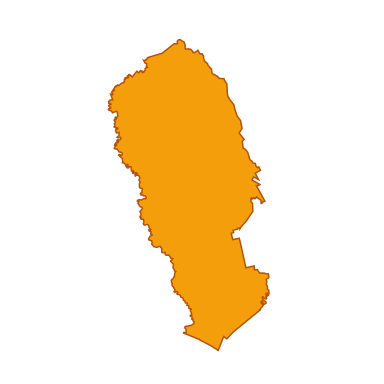 outline of Manawatu District, Manawatu-Wanganui, New Zealand, rotated 299°
{"feature_id": "76426892B10896556014", "entity_name": "Manawatu District", "entity_type": "district", "adm_level": 2, "iso_a3": "NZL", "parent_name": "New Zealand", "parent_adm1": "Manawatu-Wanganui", "projection": "mercator", "projection_center": [175.693, -40.12], "detail": "fine", "context": "isolated", "style": "filled", "palette": "amber", "viewbox_px": 384, "rotation_deg": 299, "n_neighbors": 0, "source": "geoboundaries", "source_scale": "gbopen_adm2", "svg_char_len": 5969}
<svg xmlns="http://www.w3.org/2000/svg" viewBox="0 0 384 384"><g transform="rotate(299 192 192)"><path d="M316.7,106.0L314.7,107.3L312.8,104.4L298.8,98.6L288.5,88.4L287.8,88.5L287.5,88.0L286.9,88.4L285.3,87.3L284.7,87.7L284.4,87.0L283.6,86.9L283.6,86.0L282.1,88.1L282.1,90.4L279.7,91.2L279.6,92.5L277.3,91.1L275.5,92.1L274.2,91.4L273.7,91.7L273.4,90.8L272.8,91.1L272.5,90.6L272.9,90.5L273.0,90.0L273.5,89.7L273.3,88.1L270.5,87.7L270.9,85.2L263.8,84.0L264.5,80.4L263.9,79.8L263.1,80.5L262.5,80.0L262.6,79.5L262.0,79.3L261.7,80.3L261.0,80.9L260.2,79.9L260.3,79.1L259.4,78.3L259.0,78.9L258.1,78.2L257.7,78.3L257.7,78.7L257.2,78.5L256.0,79.3L255.4,79.0L254.9,79.4L252.8,77.5L249.6,76.4L249.3,75.9L249.7,75.3L249.4,74.8L248.2,74.7L248.1,74.2L247.2,73.7L246.7,73.6L246.6,74.1L246.3,73.8L244.5,73.7L244.2,74.0L243.9,73.7L243.6,74.1L243.6,73.7L243.1,73.6L242.8,74.2L242.4,73.6L241.8,74.0L241.5,73.5L240.4,73.4L239.6,74.2L239.6,74.9L239.0,75.4L238.7,75.2L238.9,74.4L238.0,74.8L238.0,73.5L234.2,77.9L233.9,77.0L232.8,76.2L232.7,75.8L231.9,76.0L231.4,75.4L230.5,75.3L229.3,76.1L229.9,78.0L229.5,78.5L228.9,78.4L228.0,77.4L227.1,77.3L226.5,78.3L226.6,79.8L225.9,80.2L224.3,78.7L223.8,78.7L223.2,79.9L223.9,82.2L222.7,84.0L225.9,86.7L225.6,88.0L222.0,90.4L221.0,90.1L220.4,88.8L219.6,88.8L219.2,90.4L218.7,90.4L218.1,90.1L217.9,89.0L217.4,89.0L216.9,89.2L215.9,91.2L215.0,91.4L213.9,91.0L212.8,92.5L211.2,92.3L211.1,93.1L211.5,93.4L210.8,94.8L211.9,95.2L211.9,96.3L211.5,96.5L209.6,95.2L208.6,95.3L208.4,95.9L207.2,97.0L207.1,97.7L208.8,99.2L206.2,100.8L203.6,100.0L203.6,101.2L205.1,102.9L204.2,103.9L202.5,103.6L201.5,101.6L200.5,101.4L200.1,101.5L200.6,103.0L199.8,103.5L199.2,103.2L197.9,101.4L197.4,101.4L197.1,102.5L196.3,103.4L195.9,102.6L196.7,101.8L196.2,101.4L195.3,101.6L195.0,102.8L192.7,102.7L192.3,103.5L193.3,105.9L191.7,108.7L192.3,110.7L192.1,112.3L191.2,112.8L190.0,112.7L189.5,112.3L189.8,110.9L189.6,110.2L188.7,110.0L187.3,114.9L184.8,116.9L183.9,116.9L184.4,119.4L182.8,121.5L184.8,121.9L184.9,122.6L183.4,123.5L182.2,122.6L181.7,123.6L182.4,124.8L184.0,125.1L184.5,126.4L181.1,128.7L181.2,129.4L182.2,130.0L182.0,130.7L181.5,131.0L180.2,130.6L179.6,131.0L179.7,131.7L181.2,132.3L181.8,134.2L181.7,135.2L181.0,135.0L180.4,133.7L179.3,133.8L178.5,134.7L179.9,135.4L180.6,137.3L180.4,137.8L179.1,139.6L176.7,139.8L175.3,142.0L173.7,141.9L170.6,143.8L170.3,144.6L170.8,145.9L170.7,147.2L168.5,147.7L167.7,148.5L166.2,147.7L165.1,147.8L164.7,149.0L165.7,150.3L165.1,151.3L165.9,152.8L165.2,154.5L164.4,155.0L163.6,154.9L163.2,153.3L160.5,151.6L159.6,149.4L158.2,148.4L157.5,148.7L157.7,150.1L155.8,150.3L155.5,151.4L154.6,152.3L154.0,153.9L154.4,155.5L154.0,156.3L152.5,156.6L149.8,155.9L148.0,158.3L144.9,158.6L144.8,159.0L145.3,159.9L143.6,160.1L143.7,161.2L144.5,162.4L144.1,163.2L142.3,164.5L140.7,164.8L140.0,165.7L140.2,166.8L141.7,168.1L142.0,169.5L141.7,170.5L140.6,171.1L139.8,172.1L139.4,174.0L138.5,174.1L137.9,172.6L137.5,172.9L137.0,173.8L137.3,175.5L135.2,176.3L134.9,177.0L135.4,177.6L135.1,178.0L132.9,176.9L131.1,176.6L129.5,177.0L129.2,177.8L129.7,180.5L128.0,181.8L126.8,182.0L125.7,185.3L126.6,188.1L129.1,190.4L128.3,191.5L128.2,192.7L124.7,194.8L124.7,196.1L126.3,197.9L124.6,198.6L124.2,199.4L124.3,200.4L125.6,202.4L123.9,205.5L124.3,206.5L124.3,207.6L121.5,206.7L120.9,206.9L119.9,210.7L116.5,212.1L115.7,214.1L114.5,214.9L114.6,216.3L112.2,216.3L110.0,217.5L106.9,217.4L105.7,216.7L104.6,216.8L103.1,217.8L102.6,218.9L100.5,219.9L100.0,221.5L98.6,223.9L97.7,224.6L96.1,224.7L95.9,225.7L97.2,226.4L97.7,227.9L97.2,228.2L95.6,228.1L95.4,229.2L96.1,230.5L95.9,231.8L94.7,233.3L94.9,235.2L94.1,236.4L93.1,237.0L93.3,238.7L91.8,239.9L92.5,241.7L91.4,242.4L90.5,242.4L90.9,244.3L88.7,245.7L88.7,246.5L89.4,247.4L89.3,248.0L87.4,248.0L86.1,250.0L84.7,250.7L84.5,251.4L83.8,251.3L83.2,250.3L82.7,250.6L82.5,251.2L83.0,252.2L82.3,253.1L80.8,253.2L80.7,253.9L81.1,254.6L80.1,255.1L79.4,256.8L78.8,257.2L77.4,257.2L74.7,255.9L74.1,254.7L72.2,253.1L71.9,252.0L70.9,251.2L69.7,251.5L69.2,253.2L66.4,255.0L65.7,254.3L65.4,253.0L64.5,253.0L64.6,254.8L65.2,255.4L65.0,256.2L66.3,267.9L66.7,268.7L66.4,270.8L66.7,283.5L66.1,291.7L80.9,289.8L80.5,293.7L89.6,296.0L122.2,308.9L122.3,308.4L122.9,308.3L127.1,309.3L128.0,308.3L128.7,306.0L130.0,305.6L130.6,306.3L130.6,306.8L128.7,308.2L128.4,309.1L129.5,310.1L130.9,310.6L131.7,309.8L132.4,306.0L133.8,304.5L134.3,304.4L134.8,305.0L134.0,307.1L134.3,308.7L135.2,308.8L136.2,307.7L139.2,305.9L139.9,306.9L138.0,307.7L137.6,308.4L138.8,308.9L140.8,308.5L141.8,307.6L143.2,307.0L143.4,305.2L145.9,303.8L147.3,301.8L149.8,300.9L151.8,299.1L153.4,300.4L154.7,300.6L157.5,298.5L156.6,297.3L156.1,294.5L153.9,290.3L155.7,286.9L154.2,284.3L157.5,282.3L151.9,275.9L174.5,255.8L170.1,250.7L175.0,246.3L176.6,248.1L178.5,246.6L181.6,249.8L182.1,249.3L183.7,251.1L182.8,251.8L184.9,251.8L193.1,253.6L204.6,254.6L211.5,250.4L212.0,248.6L213.0,247.5L214.1,247.6L214.5,246.7L215.7,246.9L215.5,248.4L216.9,248.9L216.5,249.7L217.2,249.8L217.1,250.7L219.2,251.1L218.6,252.6L218.1,256.5L215.8,257.7L215.6,258.2L216.3,258.7L218.0,258.9L219.3,260.2L228.8,245.2L229.6,246.6L230.1,246.6L230.9,247.7L231.5,247.8L231.6,238.6L235.1,238.6L235.2,244.1L239.1,238.2L244.2,241.3L246.3,238.3L245.0,237.4L245.5,236.1L246.1,234.9L247.7,233.5L246.9,231.3L248.1,229.2L248.2,227.1L253.8,221.4L255.1,218.3L255.3,216.8L255.1,215.5L260.8,211.4L263.3,212.1L266.4,204.7L271.8,205.0L277.9,200.0L280.3,194.7L284.7,189.8L288.6,186.3L291.4,179.8L293.0,177.0L295.3,175.2L303.5,170.0L305.4,166.3L306.6,165.1L304.6,160.8L305.6,157.5L305.3,153.8L305.6,152.3L306.0,151.6L309.0,149.4L309.7,146.7L310.7,144.4L311.7,143.5L312.0,142.0L312.3,141.8L312.4,139.9L312.8,139.2L315.3,136.7L316.4,136.4L317.8,133.8L316.7,132.0L318.8,128.4L316.7,127.6L314.6,126.2L314.6,125.2L315.2,124.8L316.2,121.6L315.6,120.6L315.7,119.9L313.8,117.1L314.4,116.4L317.6,114.4L319.2,112.6L319.5,107.7L318.4,106.4L316.7,106.0Z" fill="#f59e0b" stroke="#b45309" stroke-width="1.5"/></g></svg>